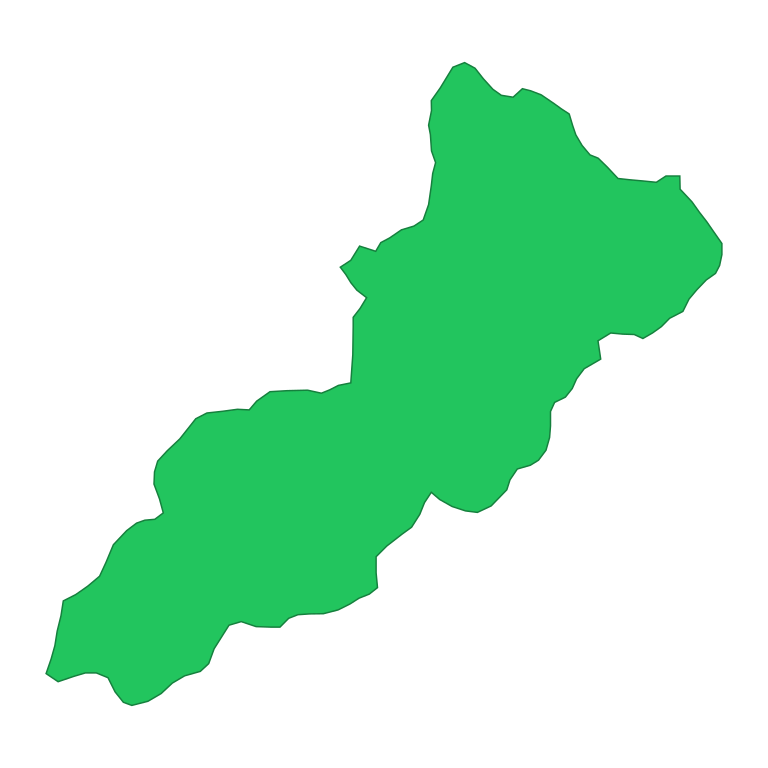 Cedral, São Paulo, Brazil (orthographic projection), rotated 180°
{"feature_id": "56859067B54870059140292", "entity_name": "Cedral", "entity_type": "district", "adm_level": 2, "iso_a3": "BRA", "parent_name": "Brazil", "parent_adm1": "São Paulo", "projection": "orthographic", "projection_center": [-49.264, -20.916], "detail": "fine", "context": "isolated", "style": "filled", "palette": "green", "viewbox_px": 768, "rotation_deg": 180, "n_neighbors": 0, "source": "geoboundaries", "source_scale": "gbopen_adm2", "svg_char_len": 2145}
<svg xmlns="http://www.w3.org/2000/svg" viewBox="0 0 768 768"><g transform="rotate(180 384 384)"><path d="M46.1,524.5L54.7,536.8L61.2,546.2L68.5,555.6L75.9,566.0L87.9,578.8L88.2,592.0L102.0,592.0L111.7,585.7L124.6,587.0L138.0,588.2L150.0,589.5L160.6,600.8L169.8,609.8L178.0,613.1L185.9,622.5L192.2,633.2L195.4,642.6L198.8,654.0L206.9,659.3L213.8,664.3L226.7,673.1L237.3,677.2L245.6,679.3L254.9,670.8L266.7,672.7L275.1,678.7L284.8,689.4L293.0,699.8L303.4,705.4L315.1,700.8L327.8,680.0L336.7,667.4L336.5,657.4L339.4,642.8L337.6,633.4L336.5,617.1L332.4,605.4L335.3,594.5L336.7,582.2L339.4,563.4L344.8,548.0L354.1,541.9L366.5,538.2L378.5,530.0L387.2,525.4L392.3,516.7L408.4,521.9L417.2,507.7L427.7,500.8L422.2,493.5L417.0,485.1L411.1,477.8L401.4,470.3L407.9,459.6L414.8,450.7L414.8,441.3L415.2,413.3L417.2,385.1L429.6,382.6L438.2,378.2L446.6,374.8L460.4,377.8L481.0,377.3L498.0,376.3L511.3,366.9L518.8,358.1L530.6,358.7L545.5,356.7L561.1,355.0L572.2,349.3L588.2,329.1L600.8,317.2L610.3,306.9L613.5,296.1L614.0,283.9L608.5,269.1L604.7,255.1L613.2,248.7L623.2,247.8L631.4,244.9L641.3,237.4L654.6,223.3L662.0,205.6L668.4,191.8L680.3,181.8L692.3,173.4L704.7,167.1L707.0,152.3L710.8,136.9L713.1,122.4L716.9,108.9L721.9,94.4L709.9,86.3L694.3,91.6L682.6,95.1L671.7,95.1L660.0,90.3L652.9,76.1L644.6,65.7L636.2,62.6L620.1,66.7L606.8,74.5L595.7,84.9L583.3,92.2L567.7,96.6L559.3,104.4L553.9,119.2L539.0,142.8L526.8,146.4L511.9,141.4L497.2,140.9L488.0,140.9L479.3,149.7L470.1,153.3L458.5,154.1L444.6,154.3L429.9,158.1L417.9,164.1L409.0,169.8L398.7,173.9L390.5,180.4L391.9,195.2L391.9,211.3L381.2,222.0L365.9,233.9L356.4,240.8L348.2,253.7L343.5,265.4L336.7,275.7L328.3,268.5L315.9,261.5L302.5,257.1L290.6,255.6L276.8,262.1L267.7,271.5L261.2,278.2L258.0,288.2L250.7,299.0L237.6,302.8L229.5,307.8L222.0,317.8L218.4,330.5L217.5,342.0L217.5,356.5L213.4,365.6L202.6,370.9L195.8,379.4L191.4,389.2L183.8,399.3L167.3,408.9L170.0,427.2L157.3,435.0L145.3,433.9L133.8,433.5L125.1,429.5L115.4,435.1L106.6,441.4L98.4,449.7L85.1,456.6L79.0,468.9L71.1,478.3L61.7,488.1L52.5,494.6L48.4,502.5L46.1,513.4L46.1,524.5Z" fill="#22c55e" stroke="#15803d" stroke-width="1.5"/></g></svg>